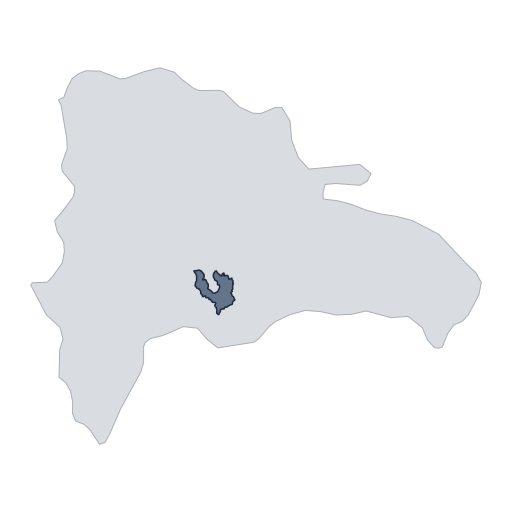 San José de Ocoa, San José de Ocoa, Dominican Republic shown in context
{"feature_id": "3306468B57713364990292", "entity_name": "San José de Ocoa", "entity_type": "district", "adm_level": 2, "iso_a3": "DOM", "parent_name": "Dominican Republic", "parent_adm1": "San José de Ocoa", "projection": "equal_earth", "projection_center": [-70.491, 18.553], "detail": "fine", "context": "in_parent", "style": "filled", "palette": "slate", "viewbox_px": 512, "rotation_deg": 0, "n_neighbors": 0, "source": "geoboundaries", "source_scale": "gbopen_adm2", "svg_char_len": 6966}
<svg xmlns="http://www.w3.org/2000/svg" viewBox="0 0 512 512"><path d="M59.0,377.3L59.7,350.1L63.0,339.0L60.0,327.3L46.4,314.9L38.1,299.0L30.7,284.9L32.4,282.8L47.2,282.2L52.4,277.0L62.4,262.6L64.4,251.0L63.7,242.2L57.2,231.7L54.7,220.6L62.7,211.0L73.2,196.9L74.6,191.5L74.4,186.1L62.3,171.3L61.5,164.9L67.2,148.8L66.7,138.2L61.1,105.0L58.4,100.0L63.9,97.2L67.5,87.3L72.2,78.5L78.5,73.8L85.7,70.8L99.9,71.1L119.6,78.8L125.1,78.6L144.0,71.7L159.7,67.8L174.4,72.2L180.4,78.2L192.6,87.7L198.7,90.6L217.9,90.3L223.2,91.3L239.3,107.0L252.9,113.2L260.8,113.5L275.0,107.5L282.0,107.7L290.1,121.2L291.7,140.4L298.5,157.9L308.8,169.1L359.7,164.4L371.1,173.6L367.2,181.2L360.0,185.3L335.8,183.5L325.2,184.4L323.1,192.0L323.1,199.0L337.2,200.7L351.1,204.3L365.3,209.9L379.7,213.8L395.9,216.3L411.9,220.4L438.6,234.2L468.1,265.6L476.0,272.8L481.3,282.6L478.9,294.8L468.4,314.7L462.5,321.1L453.8,325.0L447.9,333.1L442.2,347.1L438.7,348.2L434.5,347.7L427.4,339.8L422.3,327.7L408.1,316.3L391.2,317.7L366.2,311.0L351.2,314.3L336.1,315.0L320.7,311.6L305.2,310.4L289.7,314.7L274.7,322.0L269.1,326.6L259.5,338.0L254.4,342.1L217.8,347.9L207.3,339.5L197.5,328.2L183.5,326.6L163.1,335.4L150.3,338.6L145.2,342.4L143.6,346.7L143.6,362.6L140.7,372.2L120.7,408.7L109.5,434.5L104.9,442.5L99.5,444.2L89.7,429.4L83.5,424.0L75.8,421.3L72.5,413.5L72.7,402.3L70.7,391.4L65.9,382.9L59.0,377.3Z" fill="#d9dde1" stroke="#a8b0b8" stroke-width="1"/><path d="M216.3,307.5L216.3,308.5L216.4,308.8L216.5,308.9L216.8,309.2L216.8,309.3L216.9,309.5L216.9,309.9L217.0,310.4L217.0,310.6L216.9,310.9L216.7,311.5L216.7,311.8L216.7,312.6L216.7,312.9L216.8,313.1L216.8,313.3L217.0,313.5L217.4,313.8L218.1,314.4L218.3,314.5L218.8,314.5L218.9,314.2L219.1,313.7L219.4,313.1L219.5,312.9L220.1,312.1L220.2,311.9L220.3,311.7L220.3,311.4L220.3,310.4L220.4,310.1L220.5,309.8L220.7,309.6L220.8,309.5L221.4,309.2L221.5,309.2L221.7,309.3L221.9,309.3L222.0,309.2L222.5,308.7L222.9,308.6L223.2,308.6L223.6,308.9L223.7,309.0L224.0,308.9L224.3,308.6L224.5,308.1L224.7,307.5L224.8,307.3L225.1,307.2L226.4,307.2L226.6,307.2L226.8,307.1L227.1,307.0L227.7,306.4L228.4,305.9L229.1,305.7L229.3,305.5L229.7,305.1L229.9,305.0L230.1,304.9L230.8,304.8L231.4,304.6L231.9,304.4L232.0,304.4L232.2,304.2L232.3,303.9L232.4,303.6L232.5,302.8L232.5,302.5L232.7,302.3L233.3,301.3L233.6,300.7L233.8,300.5L233.9,300.4L234.3,300.3L234.6,300.3L234.7,300.1L234.8,299.8L234.8,299.6L234.7,299.5L234.3,298.8L234.2,298.4L233.9,297.9L233.8,297.5L233.5,296.8L233.4,296.6L232.8,296.4L232.7,296.3L232.3,296.0L232.0,295.5L231.9,295.3L231.8,295.1L231.9,294.7L231.4,293.7L231.0,292.9L231.0,292.7L231.0,292.3L231.1,292.2L231.4,291.9L231.9,291.8L232.0,291.8L232.2,291.6L232.3,291.5L232.3,291.4L232.2,291.2L231.9,290.3L231.9,290.0L231.9,289.8L232.0,289.7L232.4,289.4L232.5,289.3L232.7,289.1L232.7,288.9L232.8,288.5L232.8,288.1L232.7,287.7L232.5,287.2L232.5,286.8L232.7,286.1L232.8,285.3L232.9,284.9L233.0,284.6L233.3,284.1L233.4,283.8L233.4,283.7L233.0,283.4L232.9,283.3L232.8,283.2L232.8,282.7L233.1,281.9L233.1,281.6L233.1,281.4L233.1,281.2L232.9,280.9L232.7,280.4L232.2,280.1L232.1,279.7L232.0,278.8L231.8,278.2L231.0,278.4L230.2,278.9L229.9,279.1L229.7,279.2L229.3,279.3L229.0,279.2L228.9,279.1L228.8,278.9L228.7,277.9L228.3,276.9L227.9,275.9L227.8,275.7L227.6,275.6L227.4,275.5L227.1,275.5L225.2,275.5L224.9,275.6L224.4,275.8L224.2,275.9L223.8,275.7L223.7,275.4L223.7,275.1L223.8,274.8L224.2,274.3L224.2,274.2L224.2,273.8L224.0,273.3L223.9,273.2L223.6,273.1L223.3,273.2L222.6,273.7L222.4,273.8L222.2,274.1L221.8,275.4L221.6,275.7L221.5,275.8L221.3,275.9L221.1,275.9L220.7,275.9L220.2,275.7L220.0,275.3L219.9,274.8L219.8,274.7L219.7,274.5L219.3,274.4L218.5,273.9L218.3,273.7L218.1,273.5L217.0,272.1L216.8,271.7L216.6,271.3L216.5,271.1L216.4,271.0L216.2,270.9L215.8,271.1L215.2,271.2L215.0,271.6L214.8,272.1L214.7,272.2L214.5,272.4L214.1,272.7L213.9,273.0L213.5,274.0L213.4,274.3L213.4,274.9L213.4,276.5L213.4,276.9L213.4,277.1L213.5,277.3L213.6,277.5L214.2,278.2L214.3,278.5L214.4,278.8L214.6,279.5L214.7,279.8L214.9,280.1L215.1,280.3L215.3,280.5L216.1,280.6L216.4,280.7L216.6,280.9L216.8,281.1L217.4,282.0L217.6,282.2L217.6,282.4L217.6,282.6L217.5,283.0L217.4,283.5L217.4,284.0L217.5,284.4L217.7,284.7L218.0,285.0L218.5,284.9L218.8,284.8L219.0,284.9L219.3,285.2L219.5,285.6L219.6,285.9L219.6,286.4L219.6,287.1L219.6,287.4L219.5,287.6L218.8,289.5L218.3,290.3L218.1,290.8L217.9,291.0L217.6,291.5L217.3,291.9L217.2,292.0L216.9,292.2L216.4,292.3L215.3,293.0L215.1,293.1L214.7,293.1L213.5,293.1L213.0,293.1L212.8,293.0L212.6,292.9L212.4,292.7L212.2,292.2L212.1,291.9L211.8,291.6L211.6,291.4L211.2,291.1L210.4,290.4L210.1,290.2L209.7,289.9L209.4,289.7L209.0,289.4L208.7,289.3L208.3,289.0L208.0,288.9L207.9,288.8L207.8,288.6L207.7,288.5L207.7,288.4L207.7,288.2L208.0,287.5L208.2,287.0L208.3,286.6L208.3,286.1L208.3,285.2L208.2,284.5L208.2,284.2L207.9,283.8L207.5,283.6L207.3,283.4L207.2,283.2L206.9,282.3L206.7,281.9L206.5,281.3L206.3,280.9L206.0,280.1L205.9,280.0L205.4,279.6L205.2,279.6L204.6,279.5L204.4,279.6L203.8,279.9L203.5,280.0L203.2,280.0L202.9,279.8L202.8,279.6L202.8,279.4L202.8,279.2L203.1,278.7L203.5,278.5L203.6,278.4L203.8,278.1L203.8,277.9L203.9,277.7L204.0,276.9L204.2,276.1L204.2,275.8L204.2,275.4L204.1,275.2L204.0,274.8L203.8,274.4L203.4,273.4L203.2,273.2L202.7,272.8L202.2,272.4L201.8,271.6L201.5,271.1L201.0,271.1L200.7,271.0L200.5,270.9L200.1,270.4L199.8,270.3L199.5,270.2L199.0,270.1L198.5,270.1L198.3,270.2L198.1,270.2L197.6,270.5L197.3,270.6L196.9,270.6L195.8,270.6L195.4,270.6L195.1,270.7L194.6,271.0L194.4,271.0L194.0,271.0L194.1,271.5L194.3,271.8L195.5,273.5L196.0,274.2L196.1,274.5L196.3,275.1L196.5,275.7L196.5,276.1L196.6,276.9L196.6,280.2L196.6,280.7L196.5,280.9L196.4,281.2L196.1,281.5L195.5,282.7L195.5,283.0L195.4,283.9L195.2,284.6L195.1,285.0L195.1,285.3L195.1,285.7L195.2,285.9L195.3,286.1L195.4,286.3L195.9,286.6L196.1,286.9L196.4,287.3L196.7,287.9L196.8,288.0L197.2,288.3L197.7,288.3L198.0,288.4L198.2,288.6L198.7,289.1L198.9,289.2L199.4,289.4L199.6,289.5L199.8,289.8L200.0,290.3L200.5,291.1L200.8,291.9L200.8,292.2L200.7,292.6L200.6,292.9L200.6,293.2L200.7,293.5L200.8,293.7L200.9,293.8L201.1,293.9L201.4,294.0L201.6,294.2L202.0,294.8L202.1,295.3L202.5,296.2L202.6,296.5L202.9,296.7L203.1,296.7L203.6,296.4L204.2,296.2L204.6,295.9L204.9,295.9L205.1,295.9L205.3,296.0L205.6,296.7L205.7,297.4L205.8,297.5L206.0,297.7L206.3,297.7L207.7,297.7L208.2,297.8L208.5,297.9L208.8,298.2L208.9,298.3L209.0,298.6L209.0,299.3L209.2,299.5L209.3,299.5L209.5,299.5L209.8,299.3L210.0,299.2L210.4,299.3L210.5,299.4L210.9,300.4L211.4,300.8L212.3,302.0L212.6,302.3L212.8,302.3L213.2,302.4L213.7,302.4L214.9,302.4L215.2,302.5L215.4,302.6L215.5,302.8L215.7,303.0L215.8,303.2L215.8,303.4L215.8,303.5L215.7,303.7L215.5,304.1L215.4,304.2L215.1,304.5L214.9,304.8L214.9,305.0L214.8,305.3L214.8,305.7L214.9,305.9L215.0,306.2L215.2,306.5L215.5,306.8L215.7,307.0L216.1,307.2L216.2,307.3L216.3,307.5Z" fill="#64748b" stroke="#1e293b" stroke-width="1.5"/></svg>